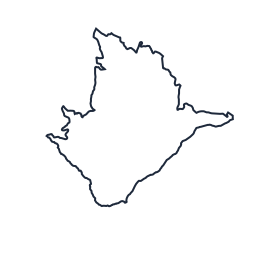 the border of Équateur, rotated 214°
{"feature_id": "COD-1461", "entity_name": "Équateur", "entity_type": "Province", "adm_level": 1, "iso_a3": "COD", "parent_name": "Democratic Republic of the Congo", "parent_adm1": "", "projection": "orthographic", "projection_center": [21.263, 1.316], "detail": "fine", "context": "isolated", "style": "outline", "palette": "slate", "viewbox_px": 256, "rotation_deg": 214, "n_neighbors": 0, "source": "natural_earth", "source_scale": "10m", "svg_char_len": 5825}
<svg xmlns="http://www.w3.org/2000/svg" viewBox="0 0 256 256"><g transform="rotate(214 128 128)"><path d="M64.3,174.4L68.3,169.7L69.3,168.8L69.6,168.1L70.9,166.8L71.3,166.2L71.1,162.5L70.6,160.5L70.6,159.4L71.5,155.5L73.5,150.3L75.3,147.8L75.4,147.5L75.5,145.1L75.1,144.4L74.8,144.2L74.3,142.7L74.6,139.9L74.0,137.3L74.0,135.6L73.8,134.2L74.3,132.9L74.8,132.4L75.6,131.0L75.8,130.6L75.9,129.3L76.6,126.9L76.8,125.8L78.0,123.1L77.9,116.7L78.3,114.9L78.1,114.0L78.3,112.0L78.1,110.4L78.9,108.2L79.6,107.2L80.0,107.1L80.7,105.6L81.4,103.3L82.9,101.8L83.1,101.8L84.8,98.9L85.3,97.5L85.4,96.6L86.4,94.8L87.6,91.6L87.9,91.2L89.4,90.3L89.7,89.2L90.0,86.2L89.8,83.6L89.0,78.2L89.4,75.6L89.4,74.2L90.0,73.0L90.1,71.2L89.8,69.4L89.6,68.6L88.6,66.6L88.0,66.2L87.8,65.8L88.0,65.3L88.3,64.8L88.7,64.4L89.1,64.4L89.5,64.7L90.3,64.7L91.7,64.3L92.3,63.8L92.8,63.2L93.9,60.5L94.4,59.8L95.1,59.3L95.4,58.6L96.0,58.3L96.7,57.1L97.7,56.3L97.9,55.5L98.4,55.0L98.9,53.7L99.9,52.6L100.2,52.5L101.5,52.4L102.4,51.2L103.4,50.7L105.2,49.6L106.0,48.7L106.4,48.6L108.2,48.6L109.3,48.2L110.0,48.5L112.6,48.6L113.6,49.0L114.9,49.6L115.9,51.4L118.3,51.9L120.0,53.1L121.8,53.9L123.1,55.4L125.2,56.1L125.9,57.1L126.4,58.1L126.9,58.4L127.7,59.3L127.8,59.7L127.4,60.7L127.6,61.2L130.2,63.6L130.7,63.7L132.5,63.4L134.1,63.4L134.6,63.3L135.4,62.8L136.3,62.8L138.2,63.2L140.5,64.0L141.3,65.1L142.0,65.4L142.2,65.7L143.0,65.9L143.3,66.1L143.7,66.0L144.4,65.3L144.9,65.3L146.7,66.4L147.2,66.5L148.7,66.6L149.2,67.0L150.1,67.1L152.1,66.1L152.4,66.0L154.2,66.1L154.9,66.5L155.9,66.5L156.9,67.2L157.4,67.3L158.6,67.3L159.7,67.1L160.9,67.6L162.3,68.0L162.8,68.5L164.0,69.1L166.0,69.5L168.4,69.4L169.0,69.1L169.9,69.6L171.0,69.9L173.9,72.2L175.3,72.5L175.6,73.9L175.8,74.2L177.1,75.0L178.5,75.2L180.0,74.7L181.2,75.1L181.9,74.6L182.9,74.4L183.5,74.2L184.0,74.5L184.7,74.6L184.9,74.8L185.5,75.0L186.1,75.5L187.4,75.8L187.7,76.0L188.9,75.5L190.2,75.9L191.0,75.9L190.9,76.9L190.5,77.6L189.6,78.4L188.6,79.7L188.1,80.1L187.6,80.2L186.7,79.7L185.5,79.6L184.5,79.0L184.0,78.9L183.3,79.4L181.2,81.5L180.4,81.8L179.0,81.7L177.4,82.5L173.8,83.6L173.0,84.3L172.7,84.9L172.7,85.4L172.8,85.7L173.3,86.3L175.3,86.9L176.0,87.4L176.2,87.8L176.3,88.7L175.9,91.6L176.1,92.3L176.6,93.0L177.1,93.1L177.5,92.9L179.5,90.4L180.4,89.7L181.3,89.4L181.7,89.5L181.9,89.7L182.1,90.6L182.0,91.4L181.1,93.4L180.9,94.7L180.2,95.9L180.4,98.2L179.7,99.8L180.1,100.7L181.3,102.2L182.1,102.9L183.1,103.3L186.9,102.6L187.6,102.7L188.0,102.9L189.3,104.3L191.7,105.6L193.5,106.9L193.8,107.8L193.9,109.7L193.8,109.9L193.3,109.9L191.1,109.1L187.6,108.6L185.2,110.3L183.2,111.5L182.4,111.8L181.6,111.5L180.3,110.1L180.0,109.9L179.8,110.5L179.2,110.7L179.2,111.3L178.9,111.6L178.2,111.7L178.1,112.3L177.7,112.5L177.6,112.8L177.1,113.1L176.6,113.1L175.5,113.5L174.9,113.1L174.3,113.1L173.4,111.9L172.4,111.4L171.9,111.4L171.7,111.5L171.8,112.5L171.8,113.1L170.3,115.9L169.8,119.3L169.5,120.1L168.7,121.1L166.7,122.5L166.2,123.0L165.7,124.1L165.8,124.2L166.4,124.1L166.9,124.2L167.3,124.1L168.7,124.4L169.3,124.8L169.9,124.9L171.0,125.6L172.8,127.4L173.8,129.7L174.9,131.2L175.9,133.5L176.6,134.6L176.7,135.1L176.6,135.7L176.7,136.7L177.6,138.9L177.5,140.9L177.8,141.6L178.8,142.9L179.4,145.4L180.0,146.8L180.5,147.6L182.3,149.7L183.5,152.2L185.7,154.7L188.8,159.3L189.0,159.8L188.9,160.5L188.7,160.8L187.5,161.1L186.6,161.9L185.8,161.8L184.0,161.2L183.2,161.2L182.4,161.7L180.1,163.8L180.4,163.9L184.5,164.2L185.0,164.4L185.7,165.4L186.1,165.6L186.7,165.6L189.8,164.5L190.5,165.0L192.5,167.6L193.4,168.4L193.4,168.8L193.0,169.1L190.8,169.8L188.3,171.7L188.1,172.3L188.5,172.8L189.0,173.4L192.3,176.1L194.1,176.9L195.5,177.8L196.0,178.5L196.3,179.4L196.7,179.8L197.9,180.4L201.0,182.9L202.7,183.9L203.7,184.2L206.8,184.1L207.4,184.2L207.6,184.5L209.0,187.2L209.4,188.5L210.0,192.5L203.0,191.7L201.5,191.8L201.0,192.0L197.7,192.1L197.2,192.4L196.8,192.9L196.8,194.5L196.6,194.8L196.3,195.1L195.4,195.5L195.1,195.9L194.9,196.2L194.8,197.3L194.3,197.3L192.8,197.1L191.8,197.1L186.0,198.2L185.1,198.6L184.7,198.3L183.3,196.2L182.5,195.7L181.8,195.6L180.8,195.5L179.2,196.1L178.5,195.0L176.8,194.0L175.6,193.9L173.9,193.0L173.1,193.1L172.7,193.0L172.3,193.4L171.1,195.4L170.3,196.0L169.7,196.1L166.5,195.9L163.5,195.1L163.2,195.3L163.3,196.0L164.0,197.7L164.5,200.7L165.8,205.3L165.7,206.0L165.5,206.3L165.0,206.7L164.3,206.7L163.7,206.1L163.6,205.5L163.7,204.0L163.5,203.3L163.2,202.9L162.6,202.8L162.0,203.2L161.4,204.0L160.7,204.7L159.1,205.5L157.9,206.9L156.2,207.8L155.1,207.4L154.5,207.0L153.2,206.5L152.3,205.7L151.4,205.5L150.4,204.5L149.8,204.4L148.9,204.0L148.7,204.1L148.6,204.3L148.4,206.4L147.6,206.9L144.3,207.6L142.7,207.6L139.1,207.1L138.9,205.5L138.6,204.7L132.5,197.4L132.1,197.3L131.8,197.3L131.3,197.8L129.5,197.7L127.6,198.6L127.0,198.7L125.2,197.9L124.0,197.7L122.7,196.3L122.0,195.9L120.2,195.7L118.1,195.9L116.5,195.6L115.8,194.9L114.3,191.2L113.0,190.2L112.5,190.0L112.1,190.1L111.8,190.3L109.9,192.7L108.6,192.6L108.1,192.4L107.9,191.1L107.2,188.5L105.0,185.2L104.0,182.9L103.4,181.8L101.8,180.1L99.1,176.1L98.7,174.1L98.6,173.1L98.3,172.2L97.9,171.5L97.4,171.0L97.1,170.8L96.9,170.9L96.7,171.1L96.3,172.2L96.0,172.7L94.9,173.4L93.6,174.0L93.1,174.7L93.1,176.6L93.5,177.3L94.5,178.3L94.7,178.9L94.6,179.4L93.8,180.5L93.4,180.9L92.5,181.1L90.8,181.0L88.6,181.6L87.4,181.7L85.7,181.0L83.8,179.4L80.5,178.9L79.7,178.9L78.8,180.5L78.0,181.5L76.9,182.6L75.1,183.9L74.3,184.3L71.7,184.9L69.9,186.0L67.7,186.6L66.6,187.1L59.6,191.2L57.4,192.9L55.8,192.9L52.1,192.6L51.9,193.0L52.0,193.4L53.3,194.2L53.6,194.6L53.7,196.8L48.1,196.8L46.6,194.7L46.0,193.9L47.6,191.8L47.9,191.2L48.0,189.7L48.3,189.0L49.4,187.0L50.1,186.1L52.3,181.7L53.9,180.5L55.9,178.3L56.3,178.1L58.0,177.7L59.4,177.1L60.9,176.9L62.2,176.4L62.6,175.8L63.4,175.4L64.3,174.4Z" fill="none" stroke="#1e293b" stroke-width="2"/></g></svg>